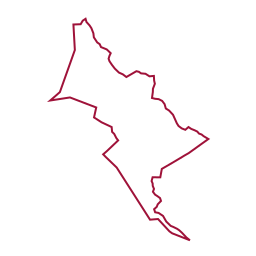 São Miguel, Rio Grande do Norte, Brazil (Mercator projection), rotated 99°
{"feature_id": "56859067B85156148538476", "entity_name": "São Miguel", "entity_type": "district", "adm_level": 2, "iso_a3": "BRA", "parent_name": "Brazil", "parent_adm1": "Rio Grande do Norte", "projection": "mercator", "projection_center": [-38.467, -6.213], "detail": "fine", "context": "isolated", "style": "outline", "palette": "rose", "viewbox_px": 256, "rotation_deg": 99, "n_neighbors": 0, "source": "geoboundaries", "source_scale": "gbopen_adm2", "svg_char_len": 1322}
<svg xmlns="http://www.w3.org/2000/svg" viewBox="0 0 256 256"><g transform="rotate(99 128 128)"><path d="M34.3,198.1L59.3,192.7L103.2,200.9L113.0,209.1L106.9,190.1L112.7,162.6L122.9,163.2L126.5,155.0L129.6,144.3L134.3,143.1L136.0,140.7L139.7,138.0L141.8,135.8L154.2,145.3L157.9,148.4L160.0,145.6L168.8,133.0L215.1,91.9L213.2,84.1L223.6,70.9L225.1,67.9L229.2,49.3L227.0,53.2L223.1,58.2L221.0,61.4L219.9,63.7L218.6,67.9L218.0,70.5L214.4,75.6L209.4,79.6L207.1,84.5L207.0,88.0L204.1,89.5L201.4,87.3L198.7,86.7L194.9,84.0L192.2,85.4L190.7,88.3L189.6,90.8L187.1,93.4L184.1,92.8L181.3,94.5L178.9,95.0L176.7,96.4L172.8,96.0L171.7,88.4L163.1,88.2L155.7,79.1L148.3,70.2L146.5,68.1L143.3,64.1L132.8,53.5L126.3,46.9L124.2,52.1L122.9,54.3L122.4,57.0L120.7,59.0L119.8,61.9L119.0,65.4L117.6,68.4L120.8,71.1L120.0,74.8L118.1,78.4L115.7,80.5L107.9,85.6L104.3,90.2L102.8,93.7L98.7,95.6L95.9,98.5L94.7,102.2L94.9,105.9L94.6,109.0L88.6,109.1L85.4,109.5L80.1,108.4L77.1,109.6L72.5,110.6L73.6,114.9L71.7,119.2L72.0,123.7L70.8,126.0L70.6,128.6L77.9,137.6L75.8,141.5L74.7,145.6L71.4,150.3L68.2,153.7L65.0,156.7L62.6,158.0L59.6,157.6L56.8,156.8L53.7,161.3L52.3,167.3L49.6,169.1L48.3,171.8L43.8,175.9L39.9,177.0L35.1,179.8L32.6,182.1L29.8,185.6L26.8,187.0L29.1,189.5L32.9,191.0L34.3,198.1Z" fill="none" stroke="#9f1239" stroke-width="2"/></g></svg>